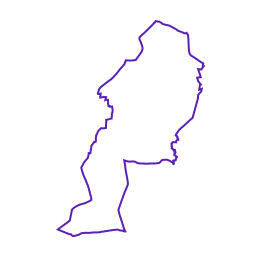 the district of Huai Rat, Buri Ram, Thailand, rotated 172°
{"feature_id": "78962969B72247490671236", "entity_name": "Huai Rat", "entity_type": "district", "adm_level": 2, "iso_a3": "THA", "parent_name": "Thailand", "parent_adm1": "Buri Ram", "projection": "orthographic", "projection_center": [103.226, 15.006], "detail": "fine", "context": "isolated", "style": "outline", "palette": "violet", "viewbox_px": 256, "rotation_deg": 172, "n_neighbors": 0, "source": "geoboundaries", "source_scale": "gbopen_adm2", "svg_char_len": 5404}
<svg xmlns="http://www.w3.org/2000/svg" viewBox="0 0 256 256"><g transform="rotate(172 128 128)"><path d="M88.0,85.3L87.9,85.8L87.6,86.1L87.5,86.5L87.5,86.9L87.6,87.4L87.5,87.9L87.4,89.0L87.5,89.1L87.8,89.2L87.8,89.4L87.8,89.5L87.6,89.6L86.8,89.5L86.5,89.3L85.7,89.3L85.3,89.4L85.1,89.9L85.1,90.0L85.1,90.3L85.1,90.5L84.7,90.9L84.6,91.1L84.5,91.4L84.6,91.8L84.3,92.2L83.6,92.2L83.5,92.4L83.6,92.6L83.8,93.0L84.1,93.2L84.6,93.5L85.1,94.1L85.4,94.4L85.8,94.7L86.0,94.9L86.0,95.0L85.8,95.6L85.6,95.8L85.4,96.2L84.9,96.3L84.5,96.8L84.4,97.1L84.4,97.8L84.6,97.9L85.1,97.4L85.3,97.5L85.3,97.8L85.2,97.9L85.0,98.1L84.9,98.3L84.9,98.8L84.6,98.9L84.6,99.1L84.5,99.6L84.6,99.8L84.9,99.8L85.1,99.7L85.4,99.3L85.6,99.3L86.0,99.4L86.1,99.6L86.0,99.8L85.7,99.9L85.7,100.0L85.8,100.1L86.0,100.1L86.2,100.6L86.6,101.2L86.8,101.3L87.4,101.5L87.6,101.6L87.6,101.8L87.2,102.3L87.1,102.5L87.2,103.1L87.4,103.5L87.5,103.9L87.5,104.0L87.4,104.1L87.1,104.2L87.0,104.3L87.1,105.1L87.1,105.5L87.1,106.3L86.6,106.4L86.5,106.5L86.4,106.6L86.2,107.5L85.7,107.7L84.9,107.7L84.2,107.5L83.8,107.5L82.8,107.2L82.4,107.1L81.9,108.8L81.7,109.0L81.3,109.1L79.8,109.3L79.7,109.8L79.9,110.7L80.0,110.8L80.3,110.9L80.3,111.6L80.5,111.6L80.7,111.9L80.5,112.8L80.6,113.1L80.8,113.3L81.3,113.5L81.8,114.0L81.2,115.1L79.5,117.0L77.9,118.7L76.0,120.2L73.8,121.5L66.3,126.7L62.6,129.1L54.6,147.6L54.1,150.4L53.8,151.0L53.4,151.5L50.5,154.0L50.1,154.7L49.5,156.5L52.2,156.0L50.6,161.0L50.0,161.0L49.9,161.0L52.0,164.5L52.5,168.2L48.9,168.2L49.0,169.2L50.4,176.6L47.3,175.7L44.4,178.7L45.2,179.0L45.3,179.2L45.2,179.5L45.0,180.1L44.9,180.5L44.5,181.2L44.5,181.4L44.5,181.5L46.2,182.8L47.4,183.8L50.7,186.9L54.9,190.5L55.5,191.0L56.1,191.9L56.4,192.6L56.7,193.5L56.9,195.9L56.4,201.9L55.8,207.9L55.7,211.3L55.7,212.1L56.1,212.9L56.3,213.2L56.5,213.3L56.7,213.9L57.0,213.7L57.1,213.8L58.7,213.9L59.2,214.0L59.3,214.0L59.9,214.6L61.5,215.6L62.6,216.2L64.3,216.9L65.6,218.0L66.3,218.8L71.7,222.9L73.1,223.8L76.8,225.1L77.9,225.6L78.9,226.1L79.2,226.3L80.0,226.9L80.4,227.5L81.7,228.5L82.3,229.0L83.7,229.2L84.0,229.3L84.8,229.8L85.1,229.9L85.7,230.0L87.1,228.5L87.3,228.4L87.5,228.5L88.6,227.4L92.6,224.3L98.5,220.0L100.6,218.6L101.9,217.8L103.4,216.6L103.9,216.0L104.3,215.4L104.3,214.7L104.2,213.8L103.3,210.8L102.5,206.6L102.5,204.8L102.9,203.6L103.5,202.2L104.1,201.5L105.1,200.3L110.5,194.7L110.9,194.3L111.1,194.4L111.8,194.3L113.0,194.3L113.6,194.3L113.8,194.2L114.0,194.2L115.1,194.4L116.2,194.4L118.5,194.9L120.8,195.3L121.1,194.3L121.2,194.1L121.8,193.5L122.4,192.0L122.6,191.8L124.6,190.0L127.3,187.7L131.8,183.4L134.9,180.8L135.8,180.2L136.8,179.4L137.9,178.6L140.9,177.1L143.2,175.8L145.0,174.7L148.2,172.9L149.3,172.2L150.4,171.3L151.4,170.2L151.5,169.9L152.0,168.5L152.4,167.8L153.1,166.2L152.8,166.0L152.3,165.8L151.7,165.8L150.6,165.8L150.3,165.9L150.4,165.0L151.2,163.0L151.3,162.0L149.6,162.0L148.3,162.1L147.7,162.0L146.6,161.9L146.1,161.8L145.4,161.6L145.9,160.5L146.6,158.7L145.4,158.9L145.1,158.9L144.8,158.8L143.9,158.7L144.0,157.4L144.0,156.3L144.3,155.8L144.3,155.6L144.3,154.6L144.2,152.3L143.0,152.3L142.9,151.6L141.8,151.5L141.7,151.4L140.8,151.5L140.7,150.4L140.9,146.8L141.3,145.5L141.5,145.0L141.8,144.5L142.0,144.5L142.2,142.6L142.4,141.9L142.6,141.1L142.9,139.7L143.7,139.7L144.4,139.5L146.4,139.2L147.7,139.1L148.5,139.1L148.5,138.9L148.7,137.1L148.9,136.3L149.2,134.7L149.5,133.3L149.6,131.8L149.8,131.1L151.9,131.1L152.6,131.1L154.0,131.4L154.5,131.6L156.1,130.5L157.4,129.7L158.1,129.0L158.7,128.0L159.3,126.6L159.6,126.2L160.0,125.9L160.2,125.7L160.3,125.3L160.5,125.3L160.7,124.4L160.7,124.0L160.7,123.9L160.8,123.8L161.1,123.4L161.3,122.2L161.4,121.8L161.3,120.9L161.8,119.3L161.9,118.9L163.0,118.9L163.5,118.8L163.5,118.4L163.9,118.2L164.1,118.2L165.2,117.0L166.8,115.4L167.0,114.5L167.2,113.2L167.8,111.8L168.2,110.2L168.7,108.3L170.4,108.6L170.8,106.9L171.9,104.0L174.2,102.0L176.4,99.9L176.9,99.3L179.1,96.2L179.8,95.2L179.6,93.4L179.5,92.0L178.7,88.0L177.9,84.7L177.3,82.8L175.6,75.8L174.5,67.0L174.2,64.7L174.3,61.9L176.2,61.0L179.7,59.9L181.4,59.5L183.3,59.2L185.9,58.9L188.0,58.4L191.7,57.0L193.6,55.9L194.9,54.8L195.6,52.6L198.6,44.3L208.1,39.2L210.7,37.8L211.6,37.2L201.9,31.6L201.4,31.2L200.9,31.1L199.5,30.9L199.4,30.7L199.2,30.3L198.9,29.9L198.7,29.5L198.1,29.2L197.8,28.9L197.6,28.8L197.5,28.7L197.2,28.6L196.9,28.6L196.4,28.7L195.8,28.6L191.4,29.2L189.3,30.1L187.7,30.3L187.3,30.3L185.8,30.2L185.0,30.2L183.8,30.0L181.8,29.6L180.5,29.5L177.2,29.4L171.0,28.7L169.6,28.8L168.3,29.0L167.8,29.0L166.8,28.8L166.5,28.8L165.8,28.9L164.7,29.0L163.7,28.9L161.5,29.0L157.6,29.0L155.1,29.0L152.2,28.8L151.2,28.2L150.8,27.9L150.7,27.8L147.7,27.1L147.4,27.0L146.9,26.6L146.3,26.2L145.9,26.1L145.1,26.0L145.7,27.8L146.4,31.3L146.8,34.2L148.5,43.7L148.9,48.2L145.3,55.3L139.8,65.7L138.3,68.0L136.9,70.4L136.0,71.9L135.7,74.5L135.9,80.7L136.1,84.1L136.2,86.7L136.1,90.6L136.2,96.5L134.4,95.5L132.1,94.7L130.7,94.4L128.2,94.3L127.9,94.2L127.3,94.1L126.6,94.0L126.3,93.9L125.8,93.6L123.6,92.1L122.2,91.4L121.2,91.2L119.1,90.9L117.3,90.6L115.0,90.1L114.3,90.0L113.2,89.9L112.7,89.9L107.7,89.4L107.0,89.2L106.4,89.1L102.9,89.0L101.9,89.1L101.4,89.3L99.0,91.4L98.5,91.5L97.9,91.6L97.4,91.5L94.7,91.3L93.9,91.2L92.3,90.3L91.3,89.8L91.1,89.7L90.8,89.1L90.2,88.8L90.0,88.6L89.8,88.5L89.5,88.3L89.1,88.1L88.5,87.3L88.2,87.1L88.1,86.9L88.0,86.6L88.1,85.7L88.0,85.3Z" fill="none" stroke="#5b21b6" stroke-width="2"/></g></svg>